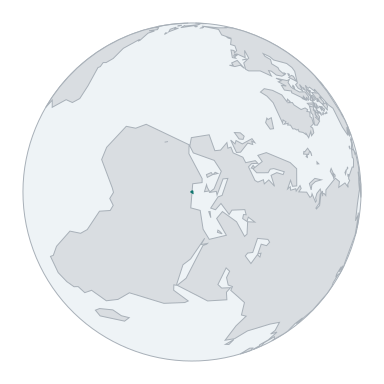 Tajura' wa an Nawahi al Arba highlighted on a globe, orthographic projection, rotated 70°
{"feature_id": "LBY-2978", "entity_name": "Tajura' wa an Nawahi al Arba", "entity_type": "Municipality", "adm_level": 1, "iso_a3": "LBY", "parent_name": "Libya", "parent_adm1": "", "projection": "orthographic", "projection_center": [13.403, 32.626], "detail": "fine", "context": "on_globe", "style": "filled", "palette": "teal", "viewbox_px": 384, "rotation_deg": 70, "n_neighbors": 0, "source": "natural_earth", "source_scale": "10m", "svg_char_len": 10008}
<svg xmlns="http://www.w3.org/2000/svg" viewBox="0 0 384 384"><g transform="rotate(70 192 192)"><circle cx="192" cy="192" r="169" fill="#eef3f6" stroke="#a8b0b8"/><path d="M114.3,42.0L115.3,41.4L121.4,38.5L124.6,37.1L144.0,30.6L164.6,25.9L169.8,24.7L169.7,25.1L176.9,23.7L179.6,23.5L178.0,23.6L177.5,23.8L184.9,23.2L186.0,23.3L190.2,23.3L190.8,23.6L184.4,24.3L184.7,24.7L189.9,24.3L193.8,24.8L186.1,25.1L192.2,26.1L182.6,28.5L161.5,30.9L156.9,34.0L137.1,41.9L139.6,42.1L133.7,45.8L134.4,47.6L130.5,49.0L134.5,49.2L137.9,47.7L140.8,47.4L141.5,48.4L136.7,50.2L135.6,49.9L134.6,51.0L131.8,51.6L133.6,51.9L127.7,54.2L134.6,53.5L130.7,56.8L126.5,57.9L125.6,55.7L113.7,54.2L109.2,55.5L103.6,59.1L95.9,70.1L91.4,72.7L86.3,77.8L89.4,77.1L94.4,72.9L98.8,73.3L104.5,68.7L107.2,68.4L113.5,64.9L113.9,67.9L110.9,72.8L105.6,76.1L104.1,78.5L110.2,77.7L101.5,86.5L97.6,97.3L95.1,99.6L88.4,99.2L85.6,92.9L76.9,94.2L83.9,96.1L77.7,102.5L77.3,104.8L78.4,106.3L81.3,105.1L79.5,108.1L71.9,106.8L73.4,104.1L75.8,104.4L74.4,101.7L69.3,101.7L66.6,105.3L61.6,102.8L59.6,105.5L57.5,106.8L61.0,102.5L54.5,110.4L48.3,111.4L39.5,126.0L46.7,111.2L48.4,106.6L49.7,102.8L48.1,105.0L51.9,98.0L51.7,97.9L58.8,88.0L66.6,78.8L75.0,70.1L84.1,62.0L93.7,54.6L103.8,47.9L114.3,42.0ZM38.5,121.5L38.7,120.9L37.5,124.4L34.4,131.1L38.5,121.5ZM32.0,137.8L30.2,144.1L27.5,153.4L25.9,161.0L25.6,163.6L25.0,170.2L26.3,167.3L27.6,168.9L25.8,177.2L27.9,172.3L27.7,179.0L31.4,188.3L30.7,189.4L33.5,207.4L39.6,220.4L41.0,228.5L40.0,231.2L42.8,235.3L42.9,237.8L56.6,253.4L65.8,265.5L67.0,273.8L62.2,278.7L64.6,294.4L57.9,291.9L60.8,297.4L62.5,300.5L54.7,290.5L47.7,279.9L41.6,268.9L36.2,257.4L31.8,245.6L28.2,233.5L25.6,221.1L23.9,208.6L23.1,195.9L23.3,183.3L23.4,181.6L24.9,168.9L25.3,165.3L24.8,167.4L25.1,165.6L28.0,151.5L32.0,137.8ZM37.0,130.3L33.7,146.3L33.1,141.9L33.7,141.6L35.0,136.5L36.7,129.6L36.9,126.6L37.0,130.3ZM40.9,126.6L41.3,124.5L41.3,126.0L40.9,126.6ZM125.5,36.7L121.4,38.5L117.4,40.4L125.5,36.7ZM137.2,32.2L135.4,32.9L132.0,34.1L134.1,33.3L137.2,32.2ZM173.2,24.1L169.4,24.6L172.7,24.1L173.2,24.1ZM190.7,23.3L191.4,23.2L193.3,23.3L190.7,23.3ZM112.9,63.5L113.2,64.2L111.8,64.5L112.9,63.5ZM115.4,61.5L113.6,61.4L114.5,60.4L115.6,60.5L115.4,61.5ZM195.9,23.9L198.7,24.3L194.8,24.0L195.9,23.9ZM117.3,61.9L116.4,58.7L118.0,57.1L123.5,56.2L117.3,61.9ZM199.6,24.5L206.3,25.8L208.6,25.6L206.1,27.4L201.1,25.4L196.0,25.0L199.3,24.9L199.6,24.5ZM138.6,46.8L135.0,48.5L137.4,46.2L138.6,46.8ZM139.4,45.4L142.4,39.6L148.1,37.9L146.0,40.1L152.8,37.4L154.1,39.4L150.6,41.3L146.7,41.9L150.2,42.2L139.4,45.4ZM203.6,28.4L204.3,29.0L202.3,28.5L203.6,28.4ZM142.1,47.1L142.2,45.9L147.1,44.3L147.8,46.3L146.0,46.2L142.1,47.1ZM153.9,35.9L157.7,35.3L159.8,36.6L161.6,36.6L154.6,39.3L153.9,35.9ZM145.3,47.1L148.0,47.5L146.4,49.2L142.3,48.1L145.3,47.1ZM148.1,43.1L150.5,42.5L149.4,43.5L148.1,43.1ZM142.1,56.2L142.1,54.6L144.7,53.5L142.1,56.2ZM149.2,47.5L149.8,46.9L150.8,46.4L152.2,47.1L149.2,47.5ZM156.6,40.2L156.6,41.0L159.5,39.1L161.2,40.3L156.2,42.0L159.1,41.8L159.6,42.1L155.0,43.1L156.6,40.2ZM156.8,46.3L151.0,49.2L150.4,52.3L148.1,53.3L149.5,48.2L156.8,46.3ZM156.1,44.3L156.0,45.7L153.2,46.0L151.5,45.3L156.1,44.3ZM164.1,40.6L162.8,38.3L164.0,38.1L164.1,40.6ZM157.1,47.1L158.5,46.4L157.4,47.3L157.1,47.1ZM162.6,42.4L162.0,41.6L163.3,41.3L162.6,42.4ZM161.8,45.8L159.9,46.7L158.7,46.1L161.8,45.8ZM162.6,44.2L164.5,44.0L159.4,45.4L162.1,43.8L162.6,44.2ZM163.9,42.3L164.5,41.9L164.0,42.7L163.9,42.3ZM167.3,47.6L161.1,49.5L158.5,48.1L164.9,46.4L167.3,47.6ZM254.9,35.2L248.4,33.4L229.7,29.0L237.6,30.6L236.8,30.9L240.3,32.1L245.8,33.5L245.8,33.2L259.7,40.6L275.0,48.2L271.5,44.9L273.6,45.2L287.8,53.2L310.5,72.4L313.6,74.7L316.6,77.9L320.3,82.2L316.0,77.6L315.9,78.1L312.9,75.2L317.3,81.1L313.2,77.2L318.7,84.2L321.3,86.1L318.9,82.0L325.4,90.3L328.3,92.6L333.4,99.5L344.1,118.7L348.0,129.2L349.2,132.1L348.3,131.8L350.9,140.2L355.5,149.8L356.6,154.2L359.0,168.0L358.4,164.9L356.1,164.1L358.3,175.7L360.2,179.0L360.9,187.5L360.7,188.3L359.6,181.2L358.7,180.7L357.1,171.0L352.7,160.0L352.3,166.7L350.5,161.2L344.4,154.4L342.8,163.8L341.5,187.4L344.4,202.2L342.6,211.6L332.8,196.4L327.2,183.6L324.5,187.6L313.8,180.5L297.7,189.2L294.7,186.3L291.8,189.8L284.2,188.8L279.3,183.7L275.0,185.9L287.8,199.3L292.4,197.0L295.1,188.5L297.9,193.9L305.2,196.1L299.7,214.6L274.6,237.8L271.0,227.0L246.0,200.0L246.1,196.1L245.9,195.7L245.6,195.0L244.5,201.5L239.8,195.9L254.4,216.2L257.3,225.4L274.3,238.6L273.0,240.8L278.1,242.8L293.1,232.8L293.4,236.6L287.0,256.5L265.3,285.3L267.6,298.3L264.9,309.7L250.0,320.0L249.9,327.2L242.0,331.3L240.6,335.3L233.4,340.3L222.0,345.3L204.1,347.0L204.1,344.0L196.7,337.9L187.0,320.1L192.7,310.8L191.5,303.3L178.4,285.5L181.4,275.2L177.6,270.6L170.0,271.5L165.5,265.9L160.8,265.5L130.6,265.8L120.8,256.9L107.8,231.3L112.8,223.1L112.7,211.9L146.6,178.6L154.9,181.8L182.9,177.9L186.6,179.3L184.5,188.5L206.5,198.6L212.1,190.6L230.8,194.3L242.4,192.0L244.4,174.5L225.3,177.9L220.8,170.1L235.2,160.3L251.7,157.8L250.4,154.7L239.0,149.9L241.8,143.2L234.9,147.7L238.5,150.4L234.3,153.5L230.8,151.3L231.9,148.9L226.6,148.4L222.7,160.7L225.8,164.8L212.7,168.7L216.7,176.0L213.5,179.9L205.5,169.2L205.5,164.9L191.5,153.7L190.3,158.4L203.4,169.5L199.8,168.9L198.3,176.1L196.5,170.1L182.5,157.4L169.9,160.3L155.7,177.4L148.0,178.3L140.7,174.0L144.1,156.3L161.0,156.4L162.4,150.8L157.5,142.3L163.1,143.3L163.1,140.1L169.4,139.9L176.7,132.3L182.8,131.5L184.2,121.8L187.6,120.3L185.7,126.3L187.7,130.3L202.7,128.9L205.2,126.7L204.9,120.7L209.1,121.3L206.9,115.7L214.9,112.5L203.4,112.0L202.8,105.7L206.8,100.4L204.5,98.4L198.0,107.1L197.3,110.7L199.9,113.9L196.1,124.6L191.2,126.7L187.4,115.6L180.1,117.6L180.4,108.7L197.9,89.7L205.9,85.7L222.1,91.5L221.0,95.6L214.7,95.4L221.8,101.1L220.6,97.9L224.1,98.7L224.4,93.4L226.8,93.8L222.9,88.3L226.0,88.2L228.4,91.6L231.4,84.3L237.4,83.0L236.9,81.2L234.7,79.8L243.7,79.4L242.9,78.2L239.7,77.8L236.0,75.1L233.1,70.5L236.4,70.7L237.9,72.3L246.0,76.3L249.5,81.1L250.5,80.8L248.3,76.7L238.4,71.7L235.7,69.0L240.6,70.7L238.6,69.8L238.3,68.5L241.1,67.5L235.8,65.4L228.0,52.6L232.6,49.9L237.8,52.5L235.8,45.2L241.1,43.6L238.1,43.1L235.1,39.9L233.4,40.3L231.8,39.8L223.3,32.9L223.9,31.8L216.8,29.1L215.2,29.0L214.4,29.6L206.1,27.4L208.6,25.6L212.0,25.9L211.2,25.0L219.1,26.0L225.2,26.9L234.2,29.3L238.3,30.1L237.5,29.7L242.5,30.8L253.0,34.4L254.9,35.2ZM136.4,197.3L135.8,200.7L136.4,197.3ZM270.3,163.8L279.4,161.1L273.3,152.0L276.3,150.4L273.1,148.1L272.8,151.4L264.7,144.8L267.9,140.3L265.7,136.2L262.5,136.9L258.0,146.3L269.6,155.6L268.4,160.6L270.3,163.8ZM31.6,188.5L31.8,191.2L31.1,189.7L31.6,188.5ZM31.8,144.5L31.7,146.6L31.2,148.9L31.0,147.8L31.8,144.5ZM34.0,161.1L34.5,164.0L33.4,162.3L34.0,161.1ZM33.4,148.6L33.5,159.0L31.6,156.8L31.7,150.4L32.4,152.9L33.4,148.6ZM38.4,130.2L38.1,132.0L37.3,133.1L38.4,130.2ZM40.9,127.7L40.8,127.4L41.5,125.6L40.9,127.7ZM78.2,102.5L78.8,102.7L79.3,104.7L77.9,104.7L78.2,102.5ZM88.8,108.8L85.7,113.5L86.9,110.0L84.3,110.6L83.8,104.5L93.9,100.4L89.4,103.2L88.8,108.8ZM85.8,95.7L85.1,99.7L85.5,95.5L85.8,95.7ZM157.4,123.9L160.0,126.0L158.3,129.6L150.6,131.8L152.9,126.4L157.4,123.9ZM164.0,128.3L162.4,117.4L167.2,116.0L164.8,118.5L168.1,118.7L165.1,122.9L171.2,132.7L170.1,136.7L156.4,137.9L161.5,135.1L158.7,133.0L164.0,128.3ZM149.9,95.8L149.3,92.1L160.4,93.7L159.7,97.0L152.0,99.1L148.2,96.4L149.9,95.8ZM127.2,61.4L126.3,60.7L127.6,60.1L129.5,60.2L127.2,61.4ZM141.9,55.5L132.8,64.4L131.2,63.9L127.8,70.3L122.3,71.5L124.7,67.2L118.0,73.2L118.0,69.9L113.8,74.2L119.8,64.6L119.5,62.1L121.9,64.3L126.9,63.2L129.0,61.9L134.7,56.9L136.6,51.5L141.9,49.9L145.1,50.3L145.5,51.3L141.9,51.9L145.0,52.8L140.1,54.6L141.9,55.5ZM180.0,60.4L175.7,59.7L180.9,63.8L176.1,64.8L177.0,65.2L174.0,67.3L171.9,70.8L169.5,70.8L169.7,72.2L167.8,73.8L167.2,75.7L162.8,76.6L161.8,79.2L160.3,78.1L159.8,82.4L158.2,79.7L155.4,81.8L158.4,83.3L135.8,85.2L127.5,88.8L121.5,93.5L119.6,88.8L124.0,81.6L131.5,74.4L139.8,71.9L137.4,70.5L140.6,68.9L141.1,70.7L142.3,67.1L145.1,66.4L151.8,61.3L151.7,57.0L154.2,55.2L155.6,56.5L157.1,53.9L161.5,55.3L163.3,54.1L169.5,54.6L171.2,58.2L173.2,56.7L178.0,57.3L180.0,60.4ZM169.0,47.8L172.1,51.4L171.0,53.9L160.7,52.1L158.4,52.9L151.7,52.3L153.5,48.9L155.2,49.3L157.3,49.0L155.9,50.2L158.6,49.0L161.1,49.7L163.9,49.0L164.1,50.3L169.0,47.8ZM190.1,175.8L192.8,176.1L196.9,175.4L196.0,180.2L190.1,175.8ZM180.3,167.3L182.7,166.6L183.5,172.6L180.6,172.5L180.3,167.3ZM183.4,161.4L182.8,166.1L181.4,163.5L183.4,161.4ZM187.9,125.5L190.3,124.7L190.8,126.0L189.8,128.2L187.9,125.5ZM194.5,74.2L192.2,73.0L192.8,72.3L190.4,68.4L193.8,67.5L196.6,69.6L194.5,74.2ZM241.6,178.0L238.6,181.9L236.7,180.7L238.1,179.6L241.6,178.0ZM216.5,181.7L222.6,183.1L216.2,183.0L216.5,181.7ZM197.8,72.7L196.4,71.1L199.0,71.7L197.8,72.7ZM196.2,66.8L199.1,67.1L194.0,67.0L196.2,66.8ZM290.3,299.5L277.0,320.7L270.0,323.2L269.9,318.7L275.7,306.7L284.1,300.7L288.6,294.0L290.3,299.5ZM360.7,202.2L358.5,191.2L359.4,188.3L361.0,190.9L360.7,202.2ZM345.0,203.2L347.9,209.5L346.6,212.7L345.0,203.2ZM350.9,136.0L351.5,138.9L350.7,137.0L349.4,132.2L350.9,136.0ZM224.8,66.3L224.4,72.4L226.2,76.9L230.8,79.3L224.2,78.8L221.2,71.9L224.8,66.3ZM227.3,54.2L223.2,52.5L225.0,51.8L226.2,52.1L227.3,54.2ZM224.8,54.2L219.7,55.0L217.5,53.2L221.9,52.9L224.8,54.2ZM208.9,63.2L208.5,64.9L206.4,64.3L208.9,63.2ZM289.1,53.7L284.5,50.6L283.4,49.9L289.1,53.7ZM281.6,48.7L282.5,49.4L271.3,44.2L268.2,42.8L275.4,45.2L276.7,46.1L279.9,47.9L281.6,48.7ZM205.9,28.8L204.4,28.9L204.9,28.5L205.9,28.8ZM230.9,40.2L228.7,39.5L229.3,38.8L230.9,40.2ZM222.9,37.4L223.8,38.6L221.5,37.3L222.9,37.4ZM226.0,41.6L223.5,39.1L227.8,41.6L226.0,41.6Z" fill="#d9dde1" stroke="#a8b0b8" stroke-width="1"/><path d="M191.3,191.3L191.3,191.2L191.5,191.1L191.9,191.2L192.4,191.5L192.5,191.5L193.0,191.5L193.3,191.6L193.2,191.7L193.0,192.0L192.8,192.0L192.7,192.0L192.4,192.2L192.1,192.3L192.0,192.6L191.9,192.8L191.6,192.9L191.5,192.7L191.4,192.2L191.4,191.9L191.2,191.7L191.3,191.5L191.3,191.3L191.3,191.3Z" fill="#14b8a6" stroke="#0f766e" stroke-width="1.5"/></g></svg>